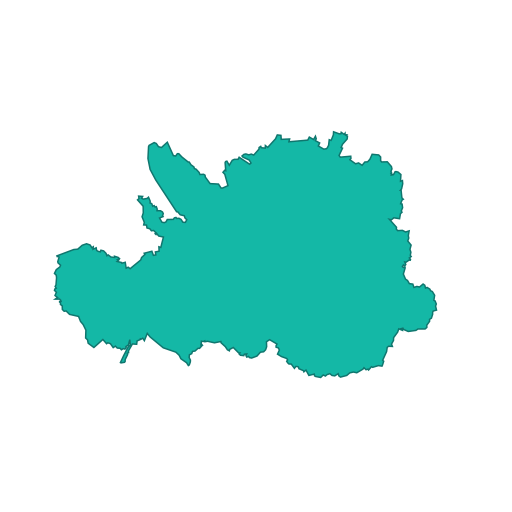 the district of Xalapa, Veracruz, Mexico, rotated 199°
{"feature_id": "50627088B48811130716283", "entity_name": "Xalapa", "entity_type": "district", "adm_level": 2, "iso_a3": "MEX", "parent_name": "Mexico", "parent_adm1": "Veracruz", "projection": "robinson", "projection_center": [-96.888, 19.542], "detail": "fine", "context": "isolated", "style": "filled", "palette": "teal", "viewbox_px": 512, "rotation_deg": 199, "n_neighbors": 0, "source": "geoboundaries", "source_scale": "gbopen_adm2", "svg_char_len": 6131}
<svg xmlns="http://www.w3.org/2000/svg" viewBox="0 0 512 512"><g transform="rotate(199 256 256)"><path d="M104.6,192.2L101.0,192.9L100.9,194.0L101.0,198.1L102.3,198.6L101.4,208.1L102.2,212.3L101.3,213.8L97.6,214.9L99.2,216.8L98.5,220.9L99.3,223.6L97.3,230.1L97.3,233.6L93.3,233.4L93.8,234.4L95.2,234.5L93.6,235.6L92.4,234.6L87.5,234.2L80.6,237.7L79.1,239.7L72.3,242.1L71.2,244.1L72.0,246.2L70.6,250.8L71.3,252.6L69.9,254.3L70.0,258.4L70.7,260.4L70.5,261.7L67.7,263.6L69.9,267.1L69.9,269.3L72.0,271.8L73.4,272.0L74.3,277.0L77.7,279.8L79.6,280.0L80.9,281.3L84.0,282.0L85.3,280.9L86.9,283.3L88.9,283.9L91.3,279.9L94.0,279.6L96.4,277.7L98.6,280.5L102.0,279.8L104.8,282.2L107.1,282.8L110.8,286.9L111.1,293.3L111.6,294.1L112.8,293.1L114.1,293.6L113.7,295.6L112.1,295.3L111.6,296.7L113.4,298.8L112.2,298.9L109.9,302.0L108.8,302.2L108.8,303.1L110.4,304.1L109.1,306.0L110.3,306.8L110.8,310.0L112.6,312.4L112.9,316.8L117.4,319.6L117.4,322.7L118.6,324.7L119.4,329.6L122.4,327.4L125.9,327.9L130.3,326.1L132.1,327.1L132.5,328.9L141.8,334.1L139.8,334.3L138.1,337.0L132.4,338.0L133.2,343.0L132.2,344.9L133.3,345.9L133.1,349.4L134.8,352.7L136.3,352.5L136.1,356.6L135.2,357.6L137.0,358.5L140.2,365.4L140.8,365.2L140.2,366.8L140.8,372.1L142.1,375.0L143.7,373.7L145.5,380.2L149.0,381.6L151.1,381.4L151.9,381.0L152.5,377.7L154.4,376.6L154.4,377.9L155.3,377.9L155.1,379.2L156.0,379.9L155.8,382.6L157.1,384.7L162.5,387.8L167.9,385.8L169.2,386.7L170.4,390.2L172.9,391.5L179.3,390.0L179.8,384.6L181.1,381.4L183.7,380.3L185.2,376.3L189.3,377.4L191.9,375.6L198.6,377.6L198.0,379.2L198.9,381.2L208.5,376.9L210.2,378.1L209.3,386.1L210.8,386.3L210.6,389.8L207.9,396.3L208.5,399.0L210.0,399.3L209.6,400.1L211.4,399.8L211.8,401.0L212.3,399.7L215.7,400.7L215.5,399.2L217.1,398.6L223.1,398.7L222.3,395.8L222.5,390.9L222.7,389.7L224.6,389.8L223.4,384.3L223.8,381.6L224.3,380.4L226.7,379.1L232.9,380.3L232.6,383.6L237.5,384.4L237.2,386.4L238.8,388.6L239.5,384.9L244.3,385.8L244.8,382.4L262.1,374.7L262.3,377.6L270.1,374.5L271.7,378.2L275.3,377.4L275.7,373.1L280.3,362.5L283.1,363.5L282.4,361.0L286.2,360.1L287.2,361.2L288.4,359.6L288.0,358.0L291.0,350.7L293.7,350.8L295.7,349.3L298.8,349.2L300.5,348.2L301.8,346.0L300.5,345.2L293.6,344.5L291.0,342.3L291.9,340.7L304.1,343.9L304.4,341.6L308.0,340.3L309.6,338.8L310.8,333.1L314.4,336.2L315.5,335.4L315.6,334.2L312.4,326.8L313.5,326.9L314.5,324.4L312.1,323.1L305.4,313.4L309.7,309.4L311.2,308.9L314.9,311.8L323.0,309.5L329.6,314.1L330.5,315.8L332.1,316.2L335.6,314.8L337.0,316.5L340.9,318.6L342.7,318.6L343.7,320.0L347.2,321.1L349.7,323.1L350.8,322.8L358.3,325.5L362.3,327.6L363.7,327.1L364.5,324.4L366.8,324.0L376.9,334.7L380.7,327.8L383.8,327.6L386.9,329.9L389.2,330.1L393.1,325.8L393.2,324.4L389.9,313.0L384.3,303.4L375.6,295.3L345.5,272.0L344.2,272.2L341.1,270.3L336.9,270.7L335.5,268.8L333.3,267.8L333.7,264.8L336.1,264.1L338.8,266.2L341.1,266.6L343.1,265.7L344.2,266.4L345.6,265.5L346.1,263.7L351.8,261.6L352.2,259.0L353.5,257.7L355.9,257.3L359.6,260.5L356.7,263.0L357.4,263.5L357.5,265.9L358.8,267.2L361.0,267.7L364.4,266.6L364.7,268.2L366.3,270.2L367.3,269.4L368.7,270.5L369.8,269.4L371.7,271.6L373.4,271.6L373.9,273.4L376.8,276.6L377.7,275.0L381.1,273.1L383.0,273.3L382.6,275.4L386.5,274.4L385.3,272.2L386.3,270.5L378.9,266.3L376.6,260.0L376.5,256.0L372.6,251.5L372.3,248.8L369.6,249.6L368.2,247.0L365.3,247.2L363.1,245.8L361.1,246.8L358.3,245.5L358.7,244.3L357.6,243.8L357.5,245.1L354.5,243.2L349.7,243.8L348.8,233.1L350.8,233.1L349.2,229.0L352.5,227.1L351.1,224.4L353.2,223.2L356.0,226.6L362.6,222.2L361.5,221.3L363.7,217.3L363.7,214.7L370.9,203.0L373.2,203.8L374.8,202.2L377.6,207.5L380.4,205.5L380.9,206.1L385.6,205.6L384.5,207.6L385.7,207.6L384.3,209.1L385.9,209.8L389.7,209.7L389.2,208.6L392.8,207.8L396.2,208.9L397.0,207.7L398.7,209.7L401.7,211.2L404.5,211.0L404.6,209.2L407.1,209.0L408.5,209.4L409.8,211.7L412.3,209.3L412.9,211.7L413.9,210.4L416.4,212.4L420.2,212.4L423.8,209.6L426.8,204.4L430.4,202.8L444.3,191.3L443.7,190.7L442.7,191.5L441.8,190.6L441.6,186.1L440.9,185.0L437.8,183.7L437.9,181.8L440.4,178.1L440.9,173.9L438.6,172.8L437.5,170.5L435.7,163.5L436.0,161.8L434.4,160.5L435.4,159.5L435.4,157.9L432.9,156.7L433.2,153.2L430.1,152.1L431.8,149.9L427.7,151.3L426.5,150.8L425.6,149.7L426.9,149.1L426.7,148.5L425.7,148.3L425.1,146.5L423.0,145.8L421.7,142.4L419.4,141.3L417.6,142.2L413.3,140.1L404.1,141.1L400.6,137.0L397.1,134.9L392.7,130.5L390.4,123.0L388.0,121.9L386.3,118.9L379.5,116.7L373.6,127.2L368.7,124.4L367.9,125.7L365.1,125.7L361.2,122.9L359.6,125.0L357.2,123.8L354.5,124.5L352.7,123.5L351.5,125.1L349.6,125.3L349.0,127.2L349.5,128.1L347.7,130.3L348.1,135.8L345.8,131.0L347.3,128.0L348.7,118.7L349.5,111.1L348.8,111.0L345.7,112.7L345.4,113.7L346.0,115.4L345.3,121.0L346.1,122.1L345.0,123.1L345.7,124.8L344.2,132.6L340.1,133.7L340.8,137.0L338.4,139.1L338.4,140.0L337.6,139.9L336.3,141.4L334.0,139.6L333.6,147.4L329.8,145.0L313.8,139.0L300.5,139.0L296.3,137.1L293.6,134.4L286.9,132.5L284.3,130.4L283.6,131.3L283.6,134.5L284.1,136.2L286.2,138.3L286.8,141.0L285.0,142.7L285.0,145.1L282.7,146.3L280.8,149.8L279.3,150.3L278.1,153.1L278.6,152.9L279.1,154.1L278.0,154.4L279.4,155.4L279.9,157.7L278.1,157.9L276.8,159.1L276.4,158.3L274.0,159.6L267.0,160.4L261.4,163.7L260.8,162.6L255.5,160.3L252.5,158.0L250.3,157.7L250.5,159.1L247.7,162.1L240.8,158.7L239.6,159.1L239.9,157.8L238.4,157.1L235.1,157.8L235.1,159.3L232.9,160.4L233.1,158.6L231.8,157.4L230.4,158.6L229.1,157.8L226.9,158.1L222.5,161.7L220.5,166.5L217.6,167.9L216.4,170.5L216.4,173.7L218.2,178.3L215.9,181.3L207.5,179.6L207.8,177.6L207.3,176.3L205.0,176.4L203.3,174.7L203.7,170.2L199.2,169.2L193.6,169.1L192.3,168.1L192.7,166.4L191.2,165.3L189.7,164.6L187.5,165.3L183.1,162.3L182.4,164.5L181.2,164.9L179.8,164.9L178.7,163.4L173.7,163.0L173.0,162.1L171.6,164.4L167.1,160.3L162.5,163.3L161.6,161.7L160.4,161.5L155.3,162.2L153.7,165.4L151.3,165.1L150.2,167.0L147.8,168.8L145.3,167.8L142.5,168.3L140.0,171.5L138.6,169.6L136.7,169.0L131.3,172.6L129.3,176.0L126.1,178.0L122.7,178.4L118.0,183.9L117.5,185.5L115.0,184.3L113.2,185.5L112.4,184.9L110.8,188.9L109.5,188.7L104.6,192.2Z" fill="#14b8a6" stroke="#0f766e" stroke-width="1.5"/></g></svg>